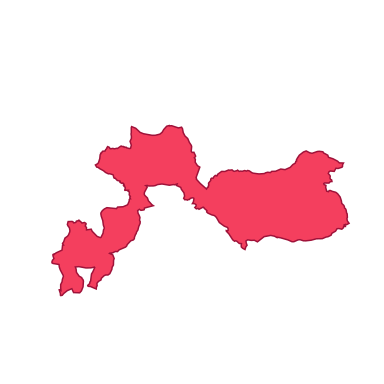 Malnas, Covasna, Romania, rotated 345°
{"feature_id": "2599482B6091931958570", "entity_name": "Malnas", "entity_type": "district", "adm_level": 2, "iso_a3": "ROU", "parent_name": "Romania", "parent_adm1": "Covasna", "projection": "mercator", "projection_center": [25.812, 46.025], "detail": "fine", "context": "isolated", "style": "filled", "palette": "rose", "viewbox_px": 384, "rotation_deg": 345, "n_neighbors": 0, "source": "geoboundaries", "source_scale": "gbopen_adm2", "svg_char_len": 6046}
<svg xmlns="http://www.w3.org/2000/svg" viewBox="0 0 384 384"><g transform="rotate(345 192 192)"><path d="M74.4,260.9L75.3,258.6L76.1,258.1L76.5,255.6L78.6,254.1L81.3,253.4L82.1,251.9L85.4,250.1L87.1,249.8L89.4,250.4L91.5,249.6L94.5,246.1L95.4,244.0L97.2,242.2L98.6,237.6L99.6,236.1L99.2,232.2L96.4,229.9L96.6,229.8L99.7,230.2L102.5,229.6L104.6,230.3L106.7,229.0L113.6,228.0L115.1,227.1L115.7,226.1L120.2,223.3L123.0,223.1L124.2,222.2L124.6,221.0L126.5,218.3L127.2,217.9L128.1,216.3L129.9,214.7L131.6,211.6L133.7,208.9L134.3,207.2L134.0,205.7L135.1,203.2L135.0,201.2L134.4,198.6L134.7,195.9L136.7,195.1L137.9,196.5L140.4,196.8L141.3,196.7L141.9,195.2L151.1,195.2L150.0,193.9L147.6,189.2L147.4,186.2L145.5,183.0L145.3,181.7L146.0,180.0L150.0,175.7L149.7,174.6L149.1,173.9L150.6,174.1L151.8,175.0L156.3,176.1L158.1,176.3L160.7,175.9L165.1,176.5L171.9,179.6L176.0,180.0L176.9,180.5L179.7,180.4L178.7,181.7L182.3,184.6L182.4,186.5L184.0,190.7L183.8,194.0L182.3,196.0L183.1,197.7L184.0,197.7L185.7,198.7L186.4,198.3L187.5,198.6L188.8,197.7L190.9,197.7L192.0,198.3L192.1,199.1L190.7,202.0L189.4,203.3L191.4,203.9L192.6,205.3L192.4,206.6L190.7,207.7L191.8,209.4L193.6,209.4L194.3,210.5L198.8,209.5L199.5,210.1L199.5,210.8L201.6,213.9L201.0,215.0L201.8,216.4L205.0,219.1L207.6,220.6L209.0,222.9L210.5,228.6L214.3,233.3L217.1,235.4L217.4,236.6L216.9,238.5L216.3,238.7L215.1,238.1L215.0,238.7L216.8,242.0L219.0,248.8L220.4,250.6L221.5,250.4L222.5,251.1L224.3,253.9L226.4,254.7L225.8,255.9L225.4,257.8L226.4,259.5L228.3,261.3L229.9,258.8L231.4,257.7L231.2,255.3L231.4,253.3L233.4,252.6L236.7,254.1L239.7,254.7L242.3,257.1L250.1,253.8L256.8,254.3L260.2,256.0L262.2,257.9L262.3,257.6L265.6,259.1L272.4,263.2L275.7,265.9L277.5,266.4L282.0,265.7L284.0,266.0L286.9,267.9L289.2,268.6L294.6,269.4L300.1,269.4L305.8,270.8L309.8,270.2L311.8,270.4L315.2,269.7L316.4,268.1L320.5,267.0L322.6,265.0L324.4,265.3L327.1,266.7L329.1,265.7L329.6,264.4L331.3,265.0L331.4,264.7L330.6,263.2L332.0,263.0L332.8,263.6L335.6,262.9L334.6,260.2L334.6,259.2L334.9,257.4L335.5,256.8L336.1,253.9L336.2,252.9L335.9,252.5L336.2,249.2L335.9,247.8L335.2,247.0L335.4,245.2L335.1,244.1L333.7,241.8L334.0,239.1L333.8,235.2L332.2,231.3L330.8,229.5L327.4,227.5L326.1,226.4L324.9,226.1L323.9,227.0L322.3,226.1L322.3,222.2L323.1,220.3L321.5,219.0L321.5,217.9L322.3,217.6L326.6,218.8L328.3,217.8L329.9,218.1L330.0,216.5L329.0,215.4L328.9,214.3L329.6,212.5L329.5,211.7L328.4,209.4L329.6,207.9L331.0,207.5L334.7,208.9L337.2,206.3L339.1,207.1L343.3,206.9L344.0,206.3L344.5,204.6L345.8,203.2L341.8,202.0L340.6,199.9L336.8,196.4L332.8,193.8L332.7,191.6L329.2,188.3L329.0,187.3L328.6,186.9L325.4,185.6L323.5,185.3L318.0,185.7L315.9,184.6L312.9,181.9L310.0,182.2L305.2,184.2L302.5,186.6L301.2,188.0L301.1,189.1L300.2,189.3L299.3,190.8L296.5,191.6L293.3,193.6L287.7,194.5L283.7,192.8L278.0,193.6L274.4,192.7L272.7,193.5L270.2,192.5L268.2,192.5L266.6,192.9L261.4,191.9L256.1,189.7L255.0,189.0L252.8,186.4L251.3,185.6L250.0,185.9L248.4,184.9L245.8,185.0L244.5,184.4L242.9,184.3L241.7,182.7L241.0,183.0L238.2,183.0L237.5,182.6L236.4,181.0L234.0,180.7L233.1,180.2L229.2,180.7L225.9,179.8L221.2,181.6L220.7,182.7L220.1,182.9L218.8,182.0L217.0,183.0L215.9,184.2L214.6,183.7L214.0,183.9L213.4,184.5L213.1,185.7L210.3,187.7L210.0,188.7L210.1,189.3L209.6,190.4L209.1,190.6L209.0,191.4L207.7,191.9L206.8,192.9L202.1,185.8L199.5,180.7L199.9,179.9L199.7,179.1L200.1,178.5L206.0,170.0L204.1,168.0L202.8,164.0L203.7,161.3L203.1,159.5L204.6,158.7L204.8,158.0L204.1,154.1L202.3,153.8L201.8,152.4L203.4,148.1L203.4,146.8L202.3,143.5L201.7,139.2L199.7,136.1L198.9,132.4L199.2,128.4L198.7,126.7L195.5,126.6L189.5,122.7L187.4,122.3L187.3,121.9L184.6,121.9L180.9,124.3L178.6,126.6L175.9,127.8L171.2,127.7L168.1,126.9L160.3,123.2L157.3,121.0L154.1,115.8L150.6,113.2L150.0,114.1L148.7,119.0L148.1,120.2L147.9,122.5L147.3,124.6L145.3,127.0L145.5,131.1L143.9,133.9L142.7,133.8L140.3,132.4L140.1,131.8L138.7,131.5L138.6,131.0L137.8,130.9L137.4,130.2L136.2,130.0L135.8,129.4L135.0,129.3L131.3,130.7L130.7,130.3L128.1,130.2L126.9,129.4L124.7,129.2L123.9,128.7L123.8,127.6L122.3,126.3L121.3,127.1L121.0,127.9L119.6,128.7L118.6,129.9L116.1,129.5L114.8,130.7L113.8,130.9L113.8,131.5L112.9,132.3L111.6,135.8L109.3,139.4L108.3,140.2L105.7,140.9L106.4,143.3L108.2,144.3L108.4,145.1L112.0,148.5L113.5,150.7L115.9,152.8L117.3,153.1L120.0,154.8L120.3,155.3L120.2,157.4L120.5,158.6L121.3,158.7L122.8,161.5L125.3,162.8L125.4,163.1L124.9,163.6L125.1,164.2L126.5,165.5L127.5,165.4L128.2,166.5L128.3,167.7L127.1,167.2L128.1,168.4L127.8,168.7L127.9,169.1L128.7,170.1L128.2,171.8L127.6,172.5L127.6,173.0L131.1,173.9L130.5,174.7L131.3,175.4L131.3,176.7L130.6,178.5L131.3,180.3L130.6,180.8L130.8,182.6L130.2,182.4L129.4,183.1L129.0,184.5L126.8,187.3L125.9,187.8L121.6,188.4L116.2,187.3L114.8,188.5L105.7,185.1L102.9,185.7L100.6,186.8L98.8,188.4L98.3,189.5L98.1,191.8L98.4,196.6L97.8,201.0L98.0,203.9L97.6,204.8L96.7,205.7L95.4,208.8L92.3,212.3L91.6,212.3L88.9,210.4L85.4,204.1L85.0,201.8L80.3,201.3L80.9,198.9L80.1,197.5L80.6,196.1L81.1,196.1L81.5,195.0L80.3,193.6L77.7,193.5L76.5,191.3L75.7,190.9L75.7,190.1L75.3,189.9L74.4,190.3L72.8,190.2L71.9,191.3L70.6,191.3L69.6,191.1L69.4,190.1L68.6,189.4L64.7,188.5L63.2,191.1L63.4,192.6L64.3,194.8L64.1,197.6L63.6,198.9L61.5,201.6L60.3,202.5L57.4,203.6L55.1,207.0L53.6,208.2L54.2,210.0L53.2,209.9L51.4,214.5L45.0,215.6L43.9,216.1L42.7,216.1L42.5,216.7L41.6,216.4L41.4,216.6L41.2,217.9L41.4,220.6L39.6,221.8L38.7,223.1L38.4,224.2L39.3,225.1L44.8,227.6L44.4,230.2L44.6,233.1L46.0,239.3L45.9,240.3L44.2,242.8L43.3,245.0L41.2,247.4L40.4,250.3L39.9,253.2L38.9,252.1L38.4,252.1L38.6,256.0L38.2,257.7L38.4,258.1L39.9,258.2L41.9,256.8L46.0,255.0L50.9,254.3L51.6,258.5L57.4,260.3L59.6,258.9L62.2,255.4L64.1,249.9L64.0,248.3L63.4,247.2L63.3,246.1L61.2,244.1L59.6,239.7L60.1,236.4L59.9,234.2L63.4,234.8L69.9,237.9L74.8,239.1L78.3,239.3L78.5,239.8L75.5,243.5L73.7,245.2L71.0,251.8L70.1,252.5L69.4,254.0L67.1,255.2L67.0,255.7L67.6,256.4L69.3,256.9L74.4,260.9Z" fill="#f43f5e" stroke="#9f1239" stroke-width="1.5"/></g></svg>